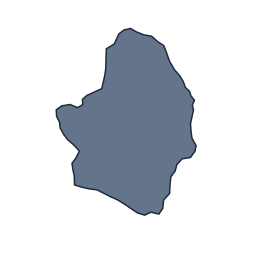 São Lourenço, Minas Gerais, Brazil, rotated 246°
{"feature_id": "56859067B27474085083589", "entity_name": "São Lourenço", "entity_type": "district", "adm_level": 2, "iso_a3": "BRA", "parent_name": "Brazil", "parent_adm1": "Minas Gerais", "projection": "albers", "projection_center": [-45.035, -22.115], "detail": "fine", "context": "isolated", "style": "filled", "palette": "slate", "viewbox_px": 256, "rotation_deg": 246, "n_neighbors": 0, "source": "geoboundaries", "source_scale": "gbopen_adm2", "svg_char_len": 982}
<svg xmlns="http://www.w3.org/2000/svg" viewBox="0 0 256 256"><g transform="rotate(246 128 128)"><path d="M79.5,179.7L84.1,183.0L92.7,182.3L99.9,184.4L106.6,186.9L113.4,191.9L117.7,195.1L122.9,196.2L126.3,200.0L131.6,198.6L136.7,199.1L141.8,196.9L148.0,197.4L154.6,196.5L162.2,194.2L171.9,193.1L182.6,193.9L188.8,194.2L194.5,190.4L202.3,186.9L206.6,180.4L212.7,174.5L217.9,170.8L219.2,164.3L217.6,157.8L214.1,153.9L210.3,149.5L209.2,140.4L191.8,132.1L185.8,128.4L174.6,120.0L174.5,103.8L172.7,98.0L167.8,96.2L167.1,90.2L173.0,84.7L175.2,76.5L173.8,69.8L167.6,67.5L161.1,67.8L155.3,66.0L148.1,66.7L141.6,68.2L134.6,71.6L126.7,74.2L122.0,68.6L118.6,62.5L112.0,60.6L106.3,59.5L97.7,56.0L92.1,62.5L88.4,67.5L84.1,74.5L78.1,79.4L72.3,84.1L66.9,89.0L59.8,93.9L54.1,97.4L46.7,102.0L41.6,107.8L41.8,114.5L36.8,121.2L40.5,127.1L47.8,131.3L51.3,139.4L58.9,143.2L66.0,147.3L69.5,153.6L74.7,157.7L77.8,164.9L75.7,173.1L79.5,179.7Z" fill="#64748b" stroke="#1e293b" stroke-width="1.5"/></g></svg>